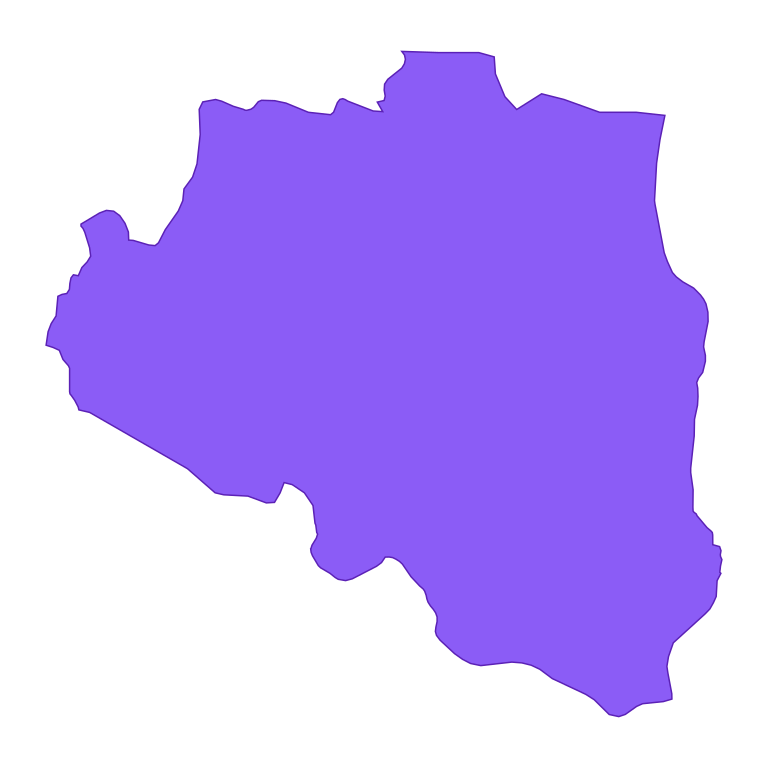 the Division of Rajshahi
{"feature_id": "BGD-3255", "entity_name": "Rajshahi", "entity_type": "Division", "adm_level": 1, "iso_a3": "BGD", "parent_name": "Bangladesh", "parent_adm1": "", "projection": "natural_earth1", "projection_center": [88.991, 24.559], "detail": "fine", "context": "isolated", "style": "filled", "palette": "violet", "viewbox_px": 768, "rotation_deg": 0, "n_neighbors": 0, "source": "natural_earth", "source_scale": "10m", "svg_char_len": 2803}
<svg xmlns="http://www.w3.org/2000/svg" viewBox="0 0 768 768"><path d="M310.7,549.0L310.8,549.0L312.0,545.2L316.3,538.2L317.6,534.1L316.7,532.4L315.8,525.1L315.0,523.2L313.0,505.5L304.4,492.8L292.2,484.6L284.1,482.6L280.1,492.9L274.5,502.4L266.3,502.9L247.9,496.1L223.7,494.8L215.1,492.8L187.5,468.7L89.6,412.4L78.9,409.9L78.1,406.8L74.7,400.3L71.4,395.6L70.0,393.9L69.6,391.7L69.6,368.3L68.4,365.7L63.0,359.5L59.3,350.3L53.2,347.5L46.1,345.2L48.1,331.7L51.2,323.6L56.1,315.9L57.9,296.3L62.0,294.4L66.8,293.5L69.4,289.4L69.9,283.3L71.0,277.9L73.4,274.8L78.3,275.7L81.9,267.5L87.1,262.0L90.7,256.2L89.6,247.8L84.8,232.3L83.0,228.4L81.0,226.1L81.0,224.1L99.5,213.0L106.4,210.4L113.7,211.2L119.8,215.7L125.0,223.3L128.4,232.0L128.7,240.1L133.2,240.4L148.8,245.0L155.1,245.6L158.5,242.8L165.3,229.6L178.3,211.0L182.8,200.7L184.0,188.9L192.6,177.1L197.0,163.9L200.2,134.5L199.2,109.3L202.8,101.9L215.6,99.5L221.7,101.2L233.3,106.3L243.3,109.3L245.1,110.2L246.8,110.3L251.0,109.2L253.7,107.3L258.3,101.7L261.6,100.3L274.7,100.7L286.0,103.1L308.4,112.3L330.6,114.7L333.6,112.2L337.4,102.6L339.9,99.4L342.8,98.7L345.3,99.6L347.7,101.1L373.2,111.0L382.7,111.6L377.3,102.1L384.1,100.5L385.2,96.1L384.2,90.1L384.6,84.1L387.8,79.3L401.8,68.1L404.4,63.8L405.4,59.3L404.5,55.0L401.8,51.4L438.6,52.6L478.8,52.6L494.2,56.9L495.4,73.9L504.9,96.7L516.7,109.5L541.6,93.8L564.1,99.5L599.7,112.3L636.4,112.3L664.9,115.4L660.0,139.5L656.6,163.1L654.5,200.6L655.0,204.3L664.2,252.7L667.4,261.5L672.4,272.5L676.3,276.9L682.7,281.8L693.7,288.1L700.5,295.0L703.6,299.2L706.0,303.9L707.9,312.2L708.1,321.5L704.1,341.9L703.6,346.9L705.4,355.4L705.4,361.2L702.7,372.4L698.6,377.9L696.7,382.6L697.7,388.1L698.0,396.5L697.5,405.3L694.5,419.3L694.2,436.0L690.7,468.2L690.7,472.5L693.1,489.7L692.9,507.2L693.1,511.1L693.6,511.8L694.2,512.4L696.3,514.0L697.0,515.7L707.0,527.6L711.2,531.2L712.3,532.5L712.7,534.9L712.8,544.7L719.6,546.6L721.0,550.7L720.3,554.8L720.6,556.7L721.9,559.6L720.5,566.0L719.8,572.3L720.9,573.3L717.1,580.7L716.2,596.5L713.4,602.7L709.9,608.9L705.3,613.7L673.3,642.8L668.5,656.6L666.9,666.4L667.9,673.1L671.8,693.8L671.9,699.1L663.3,701.6L642.6,703.7L636.6,706.4L625.3,714.4L618.8,716.6L609.2,714.5L594.2,699.7L585.7,694.3L552.3,678.6L540.0,669.4L539.9,669.3L531.2,665.2L521.9,662.9L511.8,662.1L480.8,665.6L470.6,663.5L462.5,659.3L454.5,653.6L440.1,640.2L436.5,635.4L435.4,631.5L435.9,627.2L437.1,621.6L437.1,616.9L435.6,612.8L433.2,609.2L430.5,606.0L428.1,602.3L426.9,598.9L426.2,595.4L424.7,591.2L423.3,589.1L419.6,585.9L411.0,576.7L402.4,564.1L399.5,561.4L396.0,559.2L392.7,557.6L389.1,557.0L385.2,557.1L381.5,562.6L376.5,566.3L352.3,578.8L345.6,580.6L338.2,579.3L335.2,577.5L329.8,573.2L320.7,567.9L318.3,565.6L312.5,555.8L311.1,552.3L310.7,549.0Z" fill="#8b5cf6" stroke="#5b21b6" stroke-width="1.5"/></svg>